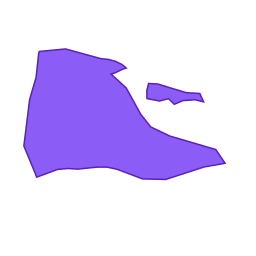 SVG path tracing the border of Kaskazini-Unguja, rotated 101°
{"feature_id": "TZA-3383", "entity_name": "Kaskazini-Unguja", "entity_type": "Region", "adm_level": 1, "iso_a3": "TZA", "parent_name": "United Republic of Tanzania", "parent_adm1": "", "projection": "orthographic", "projection_center": [39.264, -5.876], "detail": "fine", "context": "isolated", "style": "filled", "palette": "violet", "viewbox_px": 256, "rotation_deg": 101, "n_neighbors": 0, "source": "natural_earth", "source_scale": "10m", "svg_char_len": 682}
<svg xmlns="http://www.w3.org/2000/svg" viewBox="0 0 256 256"><g transform="rotate(101 128 128)"><path d="M69.8,229.7L62.3,204.4L65.1,168.1L64.4,160.2L65.0,152.6L66.8,146.0L69.5,141.2L71.4,144.7L76.4,151.3L78.3,154.9L89.0,137.4L112.0,118.2L122.6,105.9L127.9,85.5L132.4,37.7L144.1,26.0L151.7,45.8L171.3,81.2L175.2,103.9L170.6,131.1L170.4,141.2L172.4,151.2L178.0,169.6L179.2,179.1L182.1,189.2L193.7,208.3L190.1,210.5L165.5,226.8L118.8,230.0L95.5,227.9L72.2,229.9L69.8,229.7ZM87.9,58.8L87.5,67.7L90.6,79.2L95.9,87.1L91.5,93.8L95.5,102.2L95.5,115.0L87.5,116.7L80.4,116.3L79.1,107.0L80.4,95.5L82.2,77.4L80.4,64.1L87.9,58.8Z" fill="#8b5cf6" stroke="#5b21b6" stroke-width="1.5"/></g></svg>